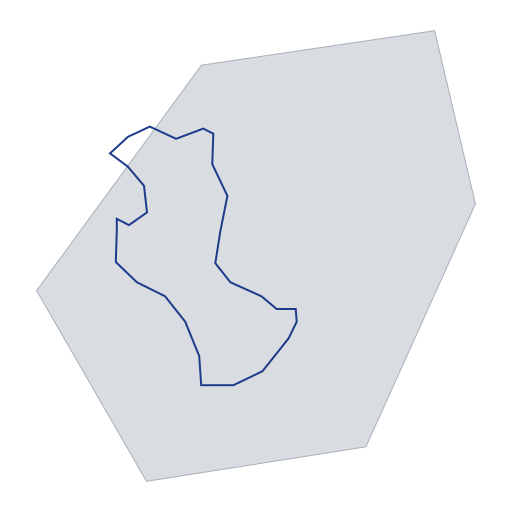 Borgo Maggiore on a map of San Marino (Natural Earth projection)
{"feature_id": "SMR-4883", "entity_name": "Borgo Maggiore", "entity_type": "state/province", "adm_level": 1, "iso_a3": "SMR", "parent_name": "San Marino", "parent_adm1": "", "projection": "natural_earth1", "projection_center": [12.438, 43.942], "detail": "fine", "context": "in_parent", "style": "outline", "palette": "blue", "viewbox_px": 512, "rotation_deg": 0, "n_neighbors": 0, "source": "natural_earth", "source_scale": "10m", "svg_char_len": 642}
<svg xmlns="http://www.w3.org/2000/svg" viewBox="0 0 512 512"><path d="M365.9,446.8L146.5,481.3L36.6,290.6L201.4,65.2L434.6,30.7L475.4,203.9L365.9,446.8Z" fill="#d9dde1" stroke="#a8b0b8" stroke-width="1"/><path d="M110.0,153.4L128.0,136.8L149.8,126.6L176.1,138.8L203.2,128.6L213.3,133.7L212.3,164.2L227.4,195.9L220.3,231.5L215.3,263.2L230.4,282.3L261.5,296.3L276.6,309.0L295.7,309.0L296.7,321.7L288.7,338.2L262.5,371.2L233.4,385.2L201.2,385.2L199.2,356.0L185.2,321.7L165.1,296.3L136.9,282.3L115.8,262.0L116.8,230.2L116.8,218.8L128.9,225.1L147.0,212.4L144.0,185.8L127.9,166.7L110.0,153.4Z" fill="none" stroke="#1e3a8a" stroke-width="2"/></svg>